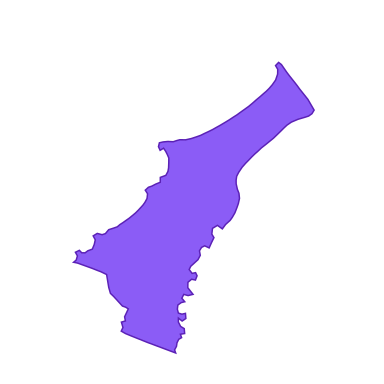 outline of Imbituba, Santa Catarina, Brazil, rotated 211°
{"feature_id": "56859067B19034795725068", "entity_name": "Imbituba", "entity_type": "district", "adm_level": 2, "iso_a3": "BRA", "parent_name": "Brazil", "parent_adm1": "Santa Catarina", "projection": "orthographic", "projection_center": [-48.703, -28.213], "detail": "fine", "context": "isolated", "style": "filled", "palette": "violet", "viewbox_px": 384, "rotation_deg": 211, "n_neighbors": 0, "source": "geoboundaries", "source_scale": "gbopen_adm2", "svg_char_len": 2386}
<svg xmlns="http://www.w3.org/2000/svg" viewBox="0 0 384 384"><g transform="rotate(211 192 192)"><path d="M181.0,36.3L176.1,36.4L170.1,37.3L152.8,40.1L123.1,45.6L125.6,47.7L125.8,51.7L127.2,55.0L127.5,58.9L125.9,61.8L128.7,64.1L125.4,66.9L128.3,70.9L132.5,70.9L136.7,73.5L138.7,76.9L134.0,76.3L132.1,80.4L135.1,84.6L137.7,82.1L141.3,81.2L144.2,84.0L145.9,87.8L144.3,91.6L141.7,94.2L146.0,95.7L146.3,100.0L142.0,101.2L138.4,104.8L142.4,106.3L146.3,107.8L149.0,112.5L147.4,117.0L143.7,118.3L144.5,122.8L147.4,124.7L150.0,122.3L154.5,124.1L154.8,127.7L153.6,131.7L152.0,137.1L152.3,142.0L155.3,145.4L155.3,149.4L153.4,152.4L148.5,152.9L149.2,158.6L149.7,164.2L153.3,166.1L155.7,171.4L153.0,176.5L147.0,176.0L146.5,181.4L144.7,187.4L144.4,191.0L144.5,196.3L145.5,202.1L146.3,205.9L148.0,211.0L151.1,215.1L154.5,217.7L158.4,221.8L160.3,224.9L161.8,228.5L162.1,232.8L161.8,239.0L160.8,244.4L159.7,249.0L158.8,253.0L157.8,256.8L156.5,260.9L155.2,265.6L153.0,271.4L151.2,276.4L149.9,280.0L148.5,285.2L147.1,290.5L146.2,294.1L145.0,298.3L142.8,303.1L138.6,308.9L133.9,314.0L131.1,317.2L129.5,320.9L129.5,325.1L140.4,331.1L153.0,335.8L156.5,337.3L160.1,338.7L168.4,341.8L172.6,343.5L181.0,347.3L184.5,347.7L185.5,343.4L181.7,341.3L179.3,337.1L178.0,331.1L178.4,325.3L179.2,320.6L180.2,316.6L181.3,313.3L182.9,308.3L184.4,304.0L186.0,298.9L187.5,294.6L189.3,290.4L191.7,284.9L193.2,281.3L195.1,277.5L197.3,272.9L199.5,268.7L202.3,263.5L204.5,259.7L206.4,256.3L208.9,252.4L211.6,248.4L213.7,245.1L216.4,241.8L220.1,237.5L224.4,233.4L229.4,230.5L231.6,228.2L234.0,225.4L238.7,222.9L242.6,220.0L245.3,217.4L244.1,213.6L240.8,211.3L238.9,214.9L235.5,213.3L232.6,211.5L229.4,209.2L227.2,205.5L224.5,200.6L223.2,197.2L223.0,192.8L226.7,188.2L224.2,184.0L227.1,180.2L229.5,176.3L231.8,173.6L233.0,169.5L229.2,167.6L227.2,163.3L227.0,158.8L227.3,155.4L228.0,152.0L228.7,148.6L229.7,144.7L231.1,140.7L232.3,137.3L233.9,133.7L235.5,130.0L237.0,127.0L238.1,123.7L240.5,120.8L244.0,116.8L244.8,111.7L247.1,109.1L251.9,107.7L254.1,103.5L250.3,101.2L248.8,96.8L248.0,91.7L251.0,88.0L252.3,84.8L255.2,83.1L258.5,84.0L260.9,80.3L257.3,78.2L256.2,74.0L257.3,70.8L253.6,72.1L238.5,75.1L232.4,76.1L229.2,76.7L222.7,77.3L214.3,67.4L209.7,63.1L205.3,62.1L192.9,58.4L189.5,59.1L186.4,59.0L186.0,55.2L185.5,50.3L182.7,47.2L185.5,44.1L181.4,40.3L181.0,36.3Z" fill="#8b5cf6" stroke="#5b21b6" stroke-width="1.5"/></g></svg>